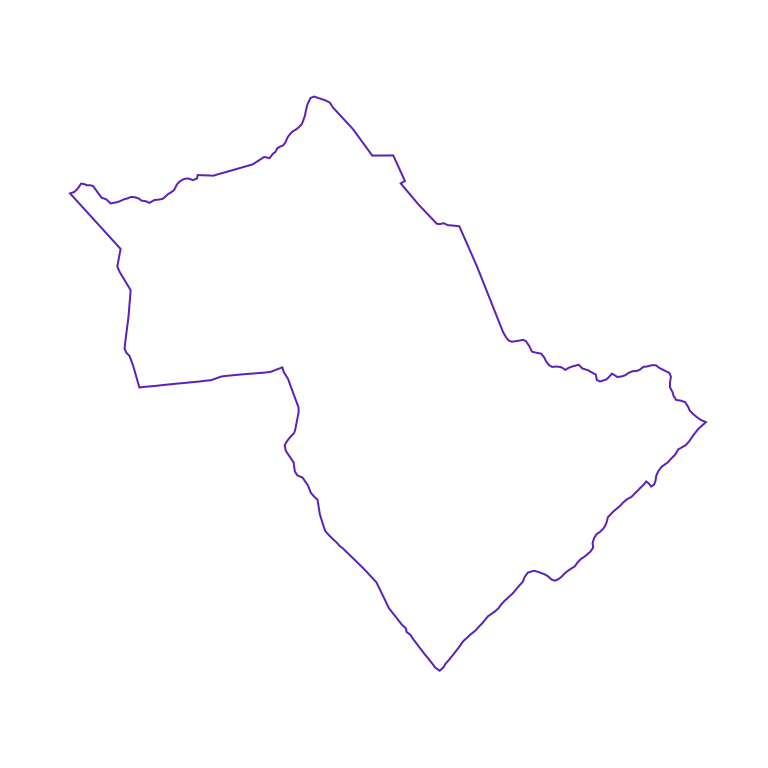 Russas, Ceará, Brazil (Natural Earth projection), rotated 183°
{"feature_id": "56859067B811843204611", "entity_name": "Russas", "entity_type": "district", "adm_level": 2, "iso_a3": "BRA", "parent_name": "Brazil", "parent_adm1": "Ceará", "projection": "natural_earth1", "projection_center": [-38.174, -4.835], "detail": "fine", "context": "isolated", "style": "outline", "palette": "violet", "viewbox_px": 768, "rotation_deg": 183, "n_neighbors": 0, "source": "geoboundaries", "source_scale": "gbopen_adm2", "svg_char_len": 3743}
<svg xmlns="http://www.w3.org/2000/svg" viewBox="0 0 768 768"><g transform="rotate(183 384 384)"><path d="M313.4,100.6L309.9,104.0L308.0,107.8L304.7,111.8L300.4,117.9L297.3,122.3L295.1,125.4L293.4,128.3L291.2,131.6L287.7,135.0L284.9,138.1L282.3,140.3L279.8,142.6L276.2,147.0L272.9,150.7L270.6,153.9L268.3,157.2L265.4,159.5L261.0,163.0L257.8,166.2L255.9,169.3L252.7,173.3L247.9,178.2L244.3,181.8L241.1,186.2L238.0,190.2L235.0,193.8L233.5,198.5L230.5,203.2L224.5,205.4L219.8,204.3L213.5,202.3L210.1,200.5L206.8,197.7L203.3,196.5L200.5,197.7L197.3,200.1L193.1,204.9L189.3,208.1L184.1,211.7L181.2,216.1L178.3,219.5L174.6,222.2L169.0,227.5L166.6,231.5L167.4,236.1L166.1,241.3L163.7,245.3L160.8,247.4L157.7,250.7L155.8,253.8L154.3,258.0L153.5,262.6L151.4,265.0L148.4,268.6L144.9,271.8L142.0,274.5L138.9,278.3L135.0,281.8L131.1,284.1L128.1,287.5L124.8,291.0L122.6,293.7L119.7,296.6L117.0,300.4L114.2,298.4L111.8,295.6L109.0,297.7L107.8,301.5L107.3,306.8L105.3,311.7L102.4,315.9L96.5,320.6L93.8,324.0L89.6,328.6L86.8,334.0L79.4,338.8L76.1,342.9L72.2,349.4L67.7,355.7L60.5,362.8L65.5,364.6L69.7,367.2L74.0,370.4L77.4,373.7L79.4,377.6L82.4,381.7L87.1,383.0L91.3,383.3L94.3,387.5L95.4,390.9L98.1,395.4L98.5,399.8L97.9,406.4L99.5,409.9L104.3,412.0L110.3,414.7L113.4,416.9L117.0,416.9L123.0,415.1L125.9,414.7L128.9,412.0L131.9,410.4L136.6,409.7L140.8,407.6L143.6,405.3L147.1,404.0L151.3,403.2L154.1,404.8L156.9,406.3L159.0,403.6L162.1,400.2L168.4,397.8L171.6,399.1L173.1,404.6L177.3,406.5L180.9,408.4L186.7,409.9L190.6,413.4L196.2,411.6L200.3,409.9L203.6,407.6L207.7,410.0L211.9,410.5L217.1,409.9L220.3,411.6L223.3,415.1L225.4,418.9L228.6,422.5L232.8,423.1L237.9,424.0L241.2,429.9L244.6,434.3L247.4,435.4L253.4,433.9L258.7,432.9L261.9,434.0L264.8,437.4L267.8,442.0L297.0,505.6L317.0,545.4L321.3,545.7L325.1,545.9L328.3,545.9L332.8,547.7L336.7,546.6L339.7,546.8L359.0,565.1L377.8,585.2L373.7,587.8L386.7,612.7L407.7,611.5L428.5,637.1L449.3,657.3L453.0,662.3L457.4,664.2L468.8,667.4L472.4,665.8L475.1,659.2L476.1,654.0L477.0,648.2L478.5,642.6L479.8,639.1L482.3,636.2L485.0,633.7L487.9,631.9L490.3,629.5L493.0,625.7L495.1,620.1L497.2,617.0L500.5,615.5L503.1,613.5L504.6,610.0L507.0,608.1L510.2,603.5L515.5,604.5L526.6,596.5L534.3,593.8L539.0,592.2L562.3,584.2L565.1,583.1L581.0,582.9L581.5,579.4L585.5,577.6L589.8,578.9L592.8,578.7L595.6,577.7L598.7,575.4L601.1,572.7L602.5,569.6L603.8,566.6L606.8,564.2L609.7,562.2L612.2,559.6L615.0,557.2L619.4,556.2L623.0,555.7L627.6,552.6L631.6,554.1L635.8,554.4L638.6,556.4L642.7,557.5L646.7,557.5L649.8,555.9L653.2,554.9L657.9,552.4L661.3,551.3L666.5,550.0L670.7,553.7L675.9,555.3L685.0,566.6L688.2,567.1L691.2,566.9L693.9,568.0L697.0,568.2L700.3,562.8L703.3,559.6L707.5,557.9L654.1,505.1L656.5,487.3L653.8,482.0L641.9,464.4L642.7,437.2L644.1,418.8L645.0,405.8L642.9,401.7L639.5,398.6L635.3,388.6L628.1,367.7L622.5,368.7L613.6,369.9L608.2,370.8L602.1,371.8L596.9,372.6L591.8,373.4L586.0,374.2L581.4,374.9L574.7,375.9L568.6,376.8L564.4,377.6L556.8,378.8L546.7,383.0L542.8,383.7L539.1,384.3L525.4,386.3L505.5,388.9L498.1,390.1L486.4,395.3L484.7,390.6L480.0,383.9L477.9,378.8L468.1,356.1L467.8,351.3L470.3,333.5L471.2,330.3L475.9,324.8L478.6,320.6L480.0,317.5L478.6,312.2L475.9,308.6L472.5,304.1L470.1,300.8L469.3,296.3L468.4,291.9L465.9,288.4L460.4,286.2L454.6,278.7L451.3,271.4L447.0,267.1L444.3,265.0L441.3,250.7L436.9,238.7L434.9,234.0L430.5,229.6L426.5,226.1L422.7,223.0L419.6,219.7L416.7,217.9L413.0,214.6L406.3,208.8L394.4,198.3L381.2,185.6L374.2,172.9L367.2,160.2L357.2,148.8L354.4,145.5L351.7,143.0L349.2,141.0L348.6,137.7L344.2,134.6L341.6,130.8L339.0,127.8L336.7,125.2L333.8,121.6L329.4,116.5L326.5,113.4L323.6,110.0L321.4,107.6L318.1,103.6L313.4,100.6Z" fill="none" stroke="#5b21b6" stroke-width="2"/></g></svg>